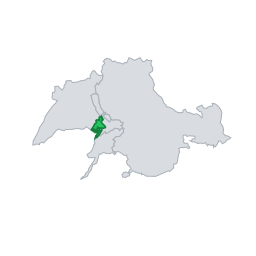 Bangladesh shown with its bordering countries, rotated 43°
{"feature_id": "BGD", "entity_name": "Bangladesh", "entity_type": "country or territory", "adm_level": 0, "iso_a3": "BGD", "parent_name": "Asia", "parent_adm1": "", "projection": "equal_earth", "projection_center": [90.497, 23.681], "detail": "fine", "context": "with_neighbors", "style": "filled", "palette": "green", "viewbox_px": 256, "rotation_deg": 43, "n_neighbors": 5, "source": "natural_earth", "source_scale": "50m", "svg_char_len": 9212}
<svg xmlns="http://www.w3.org/2000/svg" viewBox="0 0 256 256"><g transform="rotate(43 128 128)"><path d="M132.0,159.4L129.0,161.8L127.0,162.0L125.9,165.9L124.7,166.6L129.0,174.9L128.1,178.1L127.1,178.8L129.7,183.6L130.0,187.4L131.1,190.8L128.3,198.1L128.0,195.3L128.9,192.4L127.9,190.2L128.1,186.2L126.9,184.3L125.4,175.2L124.2,172.1L119.4,176.6L116.1,175.4L117.0,170.9L116.4,167.4L114.3,163.2L114.6,161.9L113.0,161.4L111.1,158.5L110.9,155.5L111.8,156.1L111.9,153.5L113.2,152.6L112.9,151.1L113.5,149.9L113.6,146.2L115.7,147.0L116.8,144.0L116.9,142.3L118.4,139.3L118.3,137.3L121.6,134.8L123.5,135.5L123.3,133.3L124.2,132.6L124.0,131.3L125.5,131.0L126.4,133.1L127.6,134.0L127.7,139.6L125.3,142.6L125.0,146.8L127.8,146.2L128.5,149.5L130.3,150.2L129.5,153.2L132.8,155.2L134.7,154.2L134.8,155.7L132.6,158.0L132.0,159.4Z" fill="#d9dde1" stroke="#a8b0b8" stroke-width="1"/><path d="M124.0,131.3L124.2,132.6L123.3,133.3L123.5,135.5L121.6,134.8L118.3,137.3L118.4,139.3L116.9,142.3L116.8,144.0L115.7,147.0L113.6,146.2L113.5,149.9L112.9,151.1L113.2,152.6L111.9,153.5L110.4,147.8L109.7,147.8L109.2,150.1L107.8,148.2L108.6,146.2L109.8,146.0L111.0,143.0L109.5,142.3L104.5,141.9L104.2,139.4L103.0,139.3L100.9,137.7L99.9,140.1L101.8,142.0L100.1,143.3L99.5,144.6L101.2,145.6L100.7,147.8L101.6,150.5L102.0,153.4L101.7,154.8L96.5,155.5L96.6,158.2L95.2,160.4L91.2,162.8L88.1,167.1L83.3,171.8L83.3,173.5L79.4,175.7L78.1,175.9L77.2,178.7L77.8,186.6L76.6,190.2L76.5,196.5L75.1,196.7L73.8,199.5L74.6,200.7L72.1,201.8L71.1,204.3L70.0,205.4L67.4,201.9L65.2,192.9L62.9,187.6L61.9,180.7L59.5,175.6L57.9,163.8L58.1,159.4L57.7,156.0L53.7,158.1L51.8,157.7L48.5,153.3L49.9,152.0L49.2,150.6L46.2,147.6L48.1,145.2L54.0,145.2L53.6,142.1L52.2,140.3L52.1,137.6L50.5,136.0L53.6,132.3L56.6,132.5L59.6,128.9L61.5,125.3L64.2,121.8L64.3,119.4L66.6,117.4L64.6,115.7L63.2,110.4L64.5,108.9L68.3,109.7L71.2,109.2L73.8,106.4L76.4,110.4L76.0,113.1L76.9,114.9L76.8,116.6L74.9,116.2L75.5,120.0L81.5,124.6L79.8,126.2L78.7,129.4L87.0,134.5L90.6,134.9L92.1,136.7L97.3,137.9L99.5,137.8L99.7,132.7L101.3,131.9L101.6,135.4L104.0,136.8L105.7,136.2L110.1,136.3L110.2,134.2L109.2,133.0L111.3,132.6L113.7,130.0L116.7,127.7L118.9,128.6L120.7,127.1L122.0,129.3L121.1,130.8L124.0,131.3Z" fill="#d9dde1" stroke="#a8b0b8" stroke-width="1"/><path d="M108.0,132.1L110.2,134.2L110.1,136.3L105.7,136.2L104.0,136.8L101.6,135.4L101.5,134.7L103.3,132.1L104.7,131.2L108.0,132.1Z" fill="#d9dde1" stroke="#a8b0b8" stroke-width="1"/><path d="M99.7,132.7L99.5,137.8L97.3,137.9L92.1,136.7L90.6,134.9L87.0,134.5L78.7,129.4L79.8,126.2L82.6,123.8L84.7,124.8L87.2,127.1L88.7,127.6L89.5,129.3L91.6,130.0L93.7,131.5L99.7,132.7Z" fill="#d9dde1" stroke="#a8b0b8" stroke-width="1"/><path d="M157.7,167.5L155.4,166.3L155.2,163.2L156.5,161.6L159.4,160.5L161.0,160.6L161.7,162.0L160.5,163.6L160.0,165.7L157.7,167.5ZM81.0,83.9L80.9,82.1L82.6,81.3L80.8,75.8L86.8,73.9L88.8,68.4L93.4,69.4L94.8,68.1L95.0,65.1L96.9,64.8L98.7,62.8L99.6,62.6L100.2,64.6L102.1,66.2L105.5,67.3L107.1,69.8L106.2,73.4L107.1,74.7L113.1,75.7L116.1,77.6L117.6,77.9L118.7,80.8L120.2,82.7L127.9,83.4L131.2,82.9L133.6,83.4L137.3,85.3L140.3,85.3L141.4,86.3L144.2,84.6L148.0,83.5L151.6,83.4L154.4,82.3L157.5,79.5L156.1,77.3L157.1,75.3L161.0,76.2L163.2,74.5L166.7,73.3L168.1,71.3L169.6,70.4L173.0,70.0L174.9,70.4L175.0,69.3L172.5,67.2L170.5,66.2L168.9,67.3L166.5,66.9L165.2,67.2L164.4,66.0L166.4,60.8L169.3,61.9L172.2,60.1L172.0,58.8L173.4,55.7L174.5,54.8L174.2,53.2L172.8,52.6L174.4,51.2L177.0,50.7L180.0,50.6L183.5,51.4L185.8,52.4L190.2,58.3L191.8,61.2L196.0,62.1L199.3,64.2L200.9,67.1L204.5,67.1L206.2,65.9L209.8,65.0L209.3,67.7L208.7,68.8L208.7,72.1L207.8,75.1L204.8,74.6L203.0,75.7L204.2,78.4L204.7,82.1L203.5,82.2L203.8,83.8L201.9,81.9L201.3,83.7L197.8,85.1L198.5,86.7L196.3,86.6L195.0,85.6L193.7,87.9L191.3,89.6L189.6,91.7L186.3,92.7L184.7,94.2L182.1,95.1L183.2,93.6L182.5,92.3L184.2,90.1L182.6,88.4L178.2,91.8L176.9,93.9L174.5,94.1L173.4,95.6L175.0,97.8L177.1,98.4L177.4,99.9L179.5,100.8L182.0,98.5L184.4,99.8L186.1,99.8L186.7,101.6L183.3,102.5L182.3,104.3L180.1,106.0L179.0,108.4L182.0,110.2L183.4,113.6L187.4,119.4L187.6,121.9L186.1,122.9L186.9,124.7L188.6,125.8L188.1,131.4L186.7,131.8L181.2,144.5L174.2,150.8L171.2,151.2L169.7,152.8L168.7,151.7L167.3,153.5L163.6,155.3L160.8,155.8L160.0,159.7L158.5,159.9L157.7,157.2L158.3,155.8L154.6,154.7L153.4,155.3L150.6,154.3L149.3,152.9L149.6,150.8L147.1,150.1L145.8,148.8L143.6,150.7L138.8,151.1L136.0,152.5L136.5,156.6L135.1,156.5L134.7,154.2L132.8,155.2L129.5,153.2L130.3,150.2L128.5,149.5L127.8,146.2L125.0,146.8L125.3,142.6L127.7,139.6L127.6,134.0L126.4,133.1L125.5,131.0L124.0,131.3L121.1,130.8L122.0,129.3L120.7,127.1L118.9,128.6L116.7,127.7L113.7,130.0L111.3,132.6L109.2,133.0L108.0,132.1L104.7,131.2L103.3,132.1L101.5,134.7L101.3,131.9L99.7,132.7L93.7,131.5L91.6,130.0L89.5,129.3L88.7,127.6L87.2,127.1L84.7,124.8L82.6,123.8L81.5,124.6L75.5,120.0L74.9,116.2L76.8,116.6L76.9,114.9L76.0,113.1L76.4,110.4L73.8,106.4L69.7,105.0L69.1,102.5L67.4,100.9L67.0,100.0L66.9,96.8L65.5,96.0L64.6,96.4L64.2,93.3L65.0,92.6L64.7,91.8L67.2,90.3L68.9,89.7L71.5,90.1L72.6,88.0L75.8,87.6L76.7,86.4L80.7,84.6L81.0,83.9Z" fill="#d9dde1" stroke="#a8b0b8" stroke-width="1"/><path d="M102.1,153.3L102.1,153.0L102.1,152.7L101.9,151.8L101.8,151.4L101.8,151.2L101.7,150.6L101.6,150.3L101.6,149.9L101.8,149.4L101.7,149.3L101.5,149.2L101.2,149.1L101.3,148.5L101.2,148.3L101.0,148.1L100.9,148.0L100.9,147.9L100.8,147.6L101.0,147.1L101.2,146.4L101.2,146.2L101.3,145.8L101.3,145.6L101.2,145.5L101.0,145.3L100.6,145.2L100.4,145.1L100.2,144.8L100.1,144.7L99.9,144.8L99.7,144.7L99.4,144.2L99.4,143.9L99.7,143.2L99.8,143.2L100.1,143.3L100.3,143.0L100.6,142.2L100.9,142.2L101.1,142.2L101.3,142.3L101.5,142.2L101.8,142.1L101.9,141.9L101.6,141.7L101.5,141.2L101.4,141.1L100.9,141.1L100.7,141.0L100.5,140.8L100.3,140.4L100.0,140.1L99.7,140.0L99.6,139.9L99.6,139.7L99.7,139.2L99.8,139.0L100.0,138.7L100.2,138.4L100.4,138.2L100.5,138.0L100.6,137.9L100.4,137.6L100.4,137.3L100.5,137.3L100.7,137.5L101.0,137.8L101.2,138.1L101.2,138.3L101.3,138.3L101.6,138.4L101.9,138.4L102.0,138.3L101.9,138.1L101.9,137.8L102.0,137.8L102.2,138.0L102.3,138.2L102.3,138.6L102.5,138.9L102.8,139.2L103.0,139.3L103.3,139.4L103.5,139.3L103.6,139.0L103.5,138.8L103.6,138.6L103.8,138.5L104.2,139.5L104.1,139.9L104.2,140.9L104.1,141.5L104.2,141.8L104.3,141.8L104.7,141.9L105.0,142.1L105.3,142.2L105.8,142.3L106.1,142.3L106.3,142.3L106.6,142.3L107.4,142.2L108.1,142.2L108.4,142.3L108.6,142.4L109.4,142.3L110.1,142.3L110.5,142.5L111.0,142.8L111.2,143.1L111.3,143.2L111.3,143.3L111.2,143.4L110.7,143.2L110.6,143.3L110.6,143.6L110.5,144.0L110.3,144.7L110.3,145.0L110.2,145.1L109.9,145.2L109.8,145.3L109.7,145.5L109.6,145.8L109.4,145.7L109.1,145.8L108.9,146.1L108.7,146.1L108.4,146.1L108.2,146.4L108.0,146.7L107.9,147.3L107.8,147.7L107.8,148.0L108.0,148.7L108.2,149.7L108.2,149.8L108.3,149.8L108.3,149.6L108.3,149.3L108.5,149.3L108.6,149.5L108.7,149.9L108.8,150.1L109.0,150.1L109.4,149.8L109.4,149.7L109.4,149.3L109.4,149.0L109.5,148.7L109.8,148.3L109.9,148.2L109.8,147.9L109.8,147.6L110.0,147.6L110.4,147.4L110.5,147.6L110.8,148.3L110.9,148.9L110.9,149.2L110.9,149.8L111.0,150.3L111.2,150.7L111.3,151.0L111.4,151.7L111.5,152.2L111.6,153.5L111.6,153.9L111.6,155.1L111.6,155.6L111.7,156.0L111.8,156.2L111.7,156.3L111.5,156.1L111.3,156.0L111.1,155.8L110.9,155.7L110.6,156.0L110.6,156.5L110.6,156.9L110.8,157.0L110.8,157.3L110.8,157.5L110.9,157.8L110.9,158.0L110.7,157.7L110.6,157.3L110.2,156.6L110.1,155.4L110.1,154.8L109.8,154.1L109.6,153.1L109.6,152.8L109.7,152.5L109.7,152.4L109.5,152.6L109.3,152.2L109.2,151.8L108.8,151.1L108.6,150.8L108.6,150.5L108.4,150.8L108.2,151.0L107.9,151.3L107.7,151.4L107.2,151.5L106.9,151.0L106.4,149.9L106.4,149.7L106.4,149.1L106.3,148.4L106.3,148.1L106.3,147.9L106.2,148.0L106.2,148.3L106.1,148.5L105.8,148.5L105.4,148.4L105.7,148.7L106.1,148.8L106.2,149.1L106.3,149.3L106.3,149.6L106.1,149.7L105.9,149.8L105.9,150.1L106.1,150.4L105.9,150.5L105.8,150.9L105.9,151.2L106.0,151.4L106.0,151.5L106.3,152.1L106.3,152.3L106.2,152.7L106.1,152.9L106.0,153.0L105.6,153.5L105.4,154.0L105.3,154.3L105.1,154.3L105.0,154.2L104.8,154.1L104.8,153.8L104.9,153.6L105.2,153.1L104.8,153.3L104.5,153.6L104.4,153.2L104.4,152.9L104.4,152.5L104.6,152.0L104.3,152.2L104.3,152.6L104.3,153.0L104.3,153.3L104.1,153.7L104.0,153.9L103.8,154.1L103.6,154.3L103.5,154.5L103.5,154.2L103.4,153.7L103.3,152.7L103.2,152.9L103.3,153.5L103.3,154.0L103.2,154.3L102.9,154.7L102.7,154.7L102.4,154.4L102.2,154.1L102.2,153.6L102.1,153.3ZM106.7,153.3L106.3,153.5L106.0,153.4L106.5,152.5L106.5,152.0L106.4,151.7L106.2,151.4L106.2,151.2L106.1,150.9L106.0,150.6L106.3,150.5L106.5,150.7L106.5,150.8L106.5,151.1L106.6,151.3L107.0,151.9L107.0,152.2L106.9,153.1L106.7,153.3ZM107.8,153.0L107.5,153.3L107.6,151.8L107.8,152.3L107.8,152.6L107.8,153.0ZM108.8,152.3L108.7,152.4L108.4,151.9L108.5,151.5L108.6,151.4L108.6,151.6L108.7,151.9L108.8,152.1L108.8,152.3ZM109.9,155.4L109.7,155.4L109.7,155.2L109.7,154.7L109.8,154.6L109.9,154.8L109.9,155.1L109.9,155.4ZM109.7,154.3L109.6,154.6L109.6,154.3L109.6,154.1L109.6,153.9L109.7,154.1L109.7,154.3ZM106.4,150.2L106.4,150.3L106.3,150.2L106.2,150.1L106.2,149.9L106.4,150.2Z" fill="#22c55e" stroke="#15803d" stroke-width="1.5"/></g></svg>